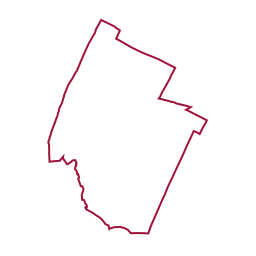 outline of Rojiste, Dolj, Romania, rotated 277°
{"feature_id": "2599482B91976879692627", "entity_name": "Rojiste", "entity_type": "district", "adm_level": 2, "iso_a3": "ROU", "parent_name": "Romania", "parent_adm1": "Dolj", "projection": "robinson", "projection_center": [23.932, 44.069], "detail": "fine", "context": "isolated", "style": "outline", "palette": "rose", "viewbox_px": 256, "rotation_deg": 277, "n_neighbors": 0, "source": "geoboundaries", "source_scale": "gbopen_adm2", "svg_char_len": 3750}
<svg xmlns="http://www.w3.org/2000/svg" viewBox="0 0 256 256"><g transform="rotate(277 128 128)"><path d="M24.0,143.5L25.1,152.3L25.6,157.4L25.6,157.7L25.7,159.5L25.8,161.0L34.1,162.8L40.0,164.6L54.6,168.9L60.7,170.7L66.5,172.7L73.3,174.4L79.0,176.2L85.1,178.3L93.9,181.1L102.0,183.8L108.1,185.8L112.5,187.1L119.6,189.3L124.4,190.9L128.8,192.3L132.9,193.6L132.7,195.0L132.5,195.7L132.3,196.4L132.1,196.8L131.7,197.9L130.7,199.9L136.9,202.0L143.2,204.7L145.3,205.3L148.1,197.6L150.8,190.1L152.7,185.0L153.1,183.4L156.1,187.5L156.3,187.7L156.3,187.4L156.4,186.7L156.5,186.4L156.9,184.9L157.1,183.6L157.4,181.1L157.8,176.8L158.3,172.9L158.4,172.4L158.5,172.1L158.8,171.6L159.1,170.5L159.3,169.4L159.4,168.8L159.2,168.0L159.2,167.6L159.3,167.4L159.5,166.8L159.8,165.1L160.3,161.0L160.6,158.7L160.8,157.3L160.9,155.5L161.0,154.9L161.3,155.1L162.2,155.7L163.0,156.1L163.3,156.1L164.0,156.3L165.4,156.8L168.0,157.6L172.0,159.4L177.9,161.8L181.3,163.2L183.8,164.0L185.2,164.3L185.9,164.5L187.3,165.2L188.7,165.8L191.5,166.8L193.5,167.5L197.3,157.1L199.7,150.7L200.1,149.3L201.2,145.6L202.1,142.2L203.4,137.0L204.7,132.5L205.9,128.9L206.6,126.9L207.4,124.5L208.5,121.4L210.4,117.0L213.4,109.9L214.5,107.0L215.2,105.3L218.0,106.3L220.5,107.0L222.8,107.7L223.8,108.1L224.2,107.5L225.3,105.3L225.9,103.8L226.5,103.1L227.2,101.8L228.0,99.7L228.9,97.2L229.7,94.8L230.7,91.9L231.2,90.5L232.0,88.2L231.9,88.1L227.6,86.5L226.2,85.9L224.5,85.2L223.1,84.6L221.9,84.2L220.4,84.0L218.6,83.6L217.1,83.1L215.1,82.1L212.8,81.2L211.0,80.4L210.7,80.2L210.4,80.1L209.6,79.9L209.2,79.6L208.2,79.2L207.1,78.8L205.0,78.1L201.0,76.8L196.9,75.6L191.6,74.0L188.0,72.9L184.9,72.1L182.6,71.4L181.8,71.2L181.0,70.9L180.3,70.8L179.6,70.6L178.3,70.1L177.1,69.4L176.5,69.1L175.7,68.9L174.8,68.5L174.0,68.1L172.6,67.6L171.6,67.3L171.1,67.1L169.0,66.1L166.2,64.7L165.0,64.3L164.5,64.1L164.0,63.7L163.4,63.4L163.1,63.3L162.9,63.3L160.9,62.8L154.7,61.1L152.9,60.6L152.2,60.7L151.4,60.5L150.3,60.3L147.7,59.9L146.7,59.7L145.8,59.5L144.6,59.3L143.7,59.0L142.8,58.8L140.3,57.7L139.7,57.5L138.6,57.4L136.1,57.2L134.5,56.8L130.9,56.4L129.9,56.1L129.7,56.0L128.2,55.6L127.9,55.5L125.8,55.1L122.8,54.4L118.7,53.3L115.5,52.6L111.3,51.9L110.1,51.6L109.1,51.4L108.2,51.3L107.3,51.3L106.2,51.0L105.4,50.8L104.9,50.7L104.4,50.7L103.8,50.8L103.3,50.9L103.2,50.9L103.0,51.1L102.6,51.4L102.1,51.6L101.7,51.7L100.6,51.9L99.5,52.0L95.7,52.6L92.4,52.9L89.9,53.4L85.0,54.2L85.9,58.2L87.2,64.3L91.5,67.1L90.0,67.1L86.6,70.2L85.5,71.1L84.7,71.9L84.6,72.0L84.9,72.7L85.4,73.2L85.9,73.8L86.6,74.8L87.7,75.9L88.8,76.7L89.3,77.7L89.5,78.7L89.7,79.3L89.7,79.5L89.2,80.0L88.5,80.1L87.7,80.6L87.2,81.1L86.7,81.2L86.0,80.7L85.6,80.7L85.3,80.8L85.2,80.9L84.9,81.2L84.4,81.3L84.1,81.0L83.8,80.6L83.5,80.5L82.7,80.6L81.8,80.4L81.6,80.4L81.2,80.4L80.9,80.4L80.5,80.7L79.9,81.5L79.3,81.9L78.8,82.3L77.8,82.7L77.1,82.9L76.7,83.2L76.4,83.4L76.2,83.3L75.9,83.2L75.7,83.3L75.6,83.5L75.7,83.9L75.9,84.1L75.1,84.6L74.1,85.0L73.7,85.2L73.0,85.3L72.7,85.4L72.4,85.4L72.2,85.3L72.1,85.1L71.8,84.9L71.6,84.8L71.4,84.8L71.1,84.9L69.7,85.7L64.7,88.1L64.4,88.3L64.4,88.9L64.7,89.3L64.3,89.8L63.5,90.5L62.2,91.1L61.2,91.2L60.6,91.2L60.3,91.2L59.8,91.1L58.3,90.7L57.0,90.4L55.8,90.3L53.1,90.9L51.9,91.1L51.4,91.2L51.1,91.3L51.2,91.5L51.3,91.8L51.3,92.6L51.2,93.0L50.9,93.2L50.1,93.7L48.9,94.2L48.6,94.4L48.2,94.7L47.5,95.2L47.1,95.9L46.5,96.2L45.9,96.5L45.3,96.7L44.7,96.8L44.3,96.8L44.3,96.2L44.3,95.6L44.3,95.4L44.2,95.3L43.8,95.3L43.3,95.9L42.1,96.6L41.1,99.1L39.6,103.1L37.4,107.1L36.1,110.0L34.8,112.3L32.8,114.5L30.8,116.4L29.9,117.3L29.6,118.0L29.2,119.3L28.9,120.5L28.3,120.8L27.1,121.0L26.3,121.5L25.5,121.8L25.9,122.1L27.9,126.5L28.8,132.5L28.1,137.2L26.7,140.6L24.0,143.5Z" fill="none" stroke="#9f1239" stroke-width="2"/></g></svg>